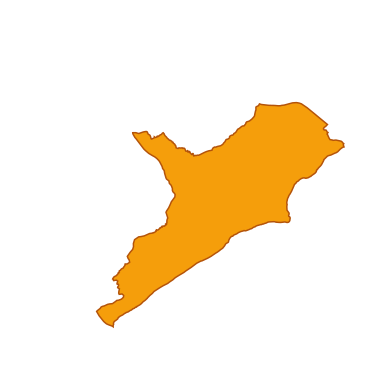 outline of Xayabury, Xaignabouri, Laos, rotated 52°
{"feature_id": "54806243B33263536107657", "entity_name": "Xayabury", "entity_type": "district", "adm_level": 2, "iso_a3": "LAO", "parent_name": "Laos", "parent_adm1": "Xaignabouri", "projection": "equal_earth", "projection_center": [101.662, 19.251], "detail": "fine", "context": "isolated", "style": "filled", "palette": "amber", "viewbox_px": 384, "rotation_deg": 52, "n_neighbors": 0, "source": "geoboundaries", "source_scale": "gbopen_adm2", "svg_char_len": 6053}
<svg xmlns="http://www.w3.org/2000/svg" viewBox="0 0 384 384"><g transform="rotate(52 192 192)"><path d="M222.2,43.7L196.5,49.4L189.9,51.5L187.9,52.8L185.8,54.7L183.6,58.0L180.3,65.8L178.9,68.1L178.5,69.1L177.3,70.8L174.7,73.6L171.0,78.1L165.8,83.4L164.1,84.6L164.8,86.2L164.8,87.0L164.4,88.8L164.5,89.4L166.8,91.2L167.1,91.9L170.7,96.2L170.9,97.1L171.4,99.9L171.4,103.1L170.4,105.8L170.6,106.8L171.0,107.1L171.5,108.3L171.9,110.4L171.7,110.7L171.2,111.3L170.9,112.7L171.0,115.4L170.7,117.4L171.9,120.7L171.9,121.9L171.7,123.0L172.1,123.7L172.2,124.3L172.2,125.0L171.7,125.7L171.5,126.3L171.3,127.5L171.4,128.2L172.3,128.9L172.5,129.9L172.3,131.5L171.8,132.4L171.7,132.8L172.1,134.0L172.6,134.7L172.9,136.8L173.4,138.4L173.2,140.9L171.7,144.1L171.3,145.6L170.5,146.5L170.3,147.5L170.3,148.5L170.9,149.9L171.3,150.3L171.3,150.7L169.9,153.4L169.1,155.5L168.5,157.7L167.5,162.6L167.1,164.2L166.2,165.2L165.8,166.5L165.0,167.0L164.8,168.2L164.6,168.4L163.7,168.0L162.9,168.4L162.4,167.5L162.2,167.6L162.1,169.2L161.2,169.2L160.7,169.3L159.8,169.2L159.3,169.7L159.0,169.5L158.6,168.4L158.5,169.5L157.9,170.6L157.7,170.6L157.3,169.9L156.7,170.0L156.7,170.8L156.1,171.6L155.9,171.7L153.3,171.0L152.7,171.2L152.3,171.5L152.2,172.2L152.0,172.4L151.4,172.4L151.0,172.7L150.7,173.5L149.3,175.0L149.1,175.4L149.2,176.0L149.0,176.3L147.5,177.3L146.4,176.8L145.9,176.4L145.0,176.5L144.5,176.3L143.5,176.2L142.0,176.7L141.8,176.5L140.8,176.4L140.4,176.9L139.6,176.7L139.0,177.0L138.1,177.1L137.4,177.9L135.9,178.0L134.5,178.4L133.1,178.3L131.0,178.6L129.1,178.3L128.9,178.1L128.4,178.2L127.6,178.2L127.4,179.0L127.7,180.3L127.7,181.1L127.4,181.9L127.5,183.9L126.9,184.4L126.9,184.6L127.3,185.0L127.1,185.3L126.7,185.4L126.9,186.1L126.7,187.0L126.4,187.4L125.3,187.7L126.0,188.3L126.0,188.8L125.5,190.9L125.2,191.4L124.7,191.4L123.2,190.7L121.4,190.2L119.2,190.9L117.2,190.3L116.5,190.5L116.0,191.0L115.2,192.4L114.6,193.7L113.2,197.8L112.6,198.4L110.6,199.8L108.8,202.2L109.4,202.6L110.4,202.9L113.8,203.4L115.7,203.3L128.4,203.5L130.6,203.2L135.0,202.3L139.4,200.6L141.2,199.8L143.8,199.1L146.8,198.8L148.4,198.9L153.3,199.8L154.4,200.2L155.4,200.7L158.0,200.7L160.3,202.0L164.8,203.8L166.1,204.1L168.9,203.4L170.0,203.8L170.9,204.4L171.6,204.5L173.9,204.3L177.0,205.2L178.9,206.6L180.5,206.9L181.8,206.7L183.5,206.8L185.4,208.6L187.0,214.3L188.3,216.6L190.1,220.1L191.4,223.9L192.0,225.0L197.6,227.1L198.2,228.3L199.3,229.6L200.9,230.8L200.9,231.4L201.2,231.7L201.0,232.2L201.0,232.4L201.8,232.1L201.9,232.4L201.8,233.5L202.0,234.6L201.5,234.9L201.3,235.6L201.0,235.8L201.2,236.9L200.6,236.9L200.9,238.5L200.7,238.7L200.6,239.1L200.8,239.2L200.6,239.5L200.9,240.2L200.9,241.0L201.0,241.6L200.9,242.3L200.6,242.8L199.9,243.3L200.3,243.8L200.3,244.3L200.8,244.4L200.7,246.6L200.1,247.7L200.3,248.0L198.6,251.0L197.2,256.6L195.8,259.5L194.5,261.7L194.2,266.6L196.5,269.9L199.1,271.8L200.7,274.1L201.4,277.7L202.9,282.6L205.2,283.3L206.7,283.3L209.0,284.4L208.8,287.2L208.2,288.3L207.6,288.9L207.6,289.2L208.1,289.3L208.7,290.4L208.9,291.4L209.6,293.1L209.4,293.4L209.2,295.2L209.3,295.8L209.6,296.5L209.4,297.7L209.4,297.9L209.7,298.2L210.4,298.6L210.4,299.0L210.2,299.6L210.7,299.7L210.9,300.0L210.8,300.7L210.9,301.1L211.2,301.8L211.1,302.2L211.3,303.5L210.8,305.5L211.0,305.9L211.3,307.3L211.7,308.1L212.4,307.8L212.9,308.2L213.7,308.2L214.2,307.0L215.1,305.7L216.2,305.6L216.4,305.4L216.9,305.8L217.5,306.9L218.1,307.6L218.6,307.7L219.4,306.8L220.1,307.1L220.9,308.0L221.1,309.0L221.6,309.5L223.6,308.8L225.3,310.8L226.5,312.0L227.8,312.4L229.3,309.9L231.4,309.5L232.7,310.8L233.0,313.5L232.1,316.4L231.1,318.1L231.2,319.5L231.0,323.4L229.5,325.8L228.6,327.6L227.8,331.1L226.9,333.2L226.7,334.7L227.2,336.0L227.2,339.7L227.4,340.7L232.5,341.4L239.7,341.3L242.3,340.8L243.4,340.5L245.6,339.3L248.3,337.6L249.7,337.1L248.7,336.4L247.9,335.1L247.0,334.7L246.3,333.3L246.2,332.7L246.3,330.7L246.3,328.8L245.6,327.4L245.6,325.0L246.0,323.2L246.2,322.2L246.2,320.1L246.5,318.6L246.4,318.2L247.2,316.0L247.3,313.6L247.6,313.0L247.7,311.7L247.6,310.3L247.9,309.9L248.1,309.0L248.0,308.4L248.2,307.1L248.1,306.6L248.2,306.2L248.4,306.2L248.3,305.9L248.8,302.5L248.8,300.6L248.4,298.3L248.5,295.5L248.2,292.5L248.0,292.0L247.7,289.6L247.6,289.2L247.5,285.7L247.0,283.2L247.6,276.2L248.1,272.3L249.1,267.4L249.1,265.0L249.4,261.1L249.2,258.4L249.3,256.7L249.7,253.2L250.4,247.9L250.4,245.5L250.9,239.1L251.0,232.2L251.8,228.0L251.9,227.4L252.3,226.9L253.8,220.5L254.4,216.6L254.7,211.4L255.0,209.1L255.1,206.1L255.0,205.3L255.2,202.5L254.5,199.5L253.7,197.6L253.6,196.8L253.9,194.9L253.9,194.2L252.6,192.6L251.8,190.9L251.5,189.7L251.3,188.2L251.9,187.1L251.7,185.9L251.7,185.4L252.5,182.5L252.6,180.4L253.2,178.0L254.4,175.1L254.4,174.7L255.3,174.1L255.9,172.9L256.7,170.3L257.1,168.6L257.6,167.5L257.6,166.1L257.7,165.2L258.3,163.5L258.3,162.1L260.0,157.9L260.5,157.2L260.7,156.0L261.0,155.8L261.3,155.1L261.4,154.4L262.1,152.8L262.5,150.7L263.1,149.6L265.6,146.0L266.4,145.1L267.6,144.3L267.9,143.8L268.1,143.7L269.5,142.2L270.7,140.7L272.8,137.2L274.4,136.0L274.8,135.5L275.2,134.6L275.2,133.6L274.8,132.6L272.9,130.6L271.7,130.3L270.8,130.7L270.5,130.6L269.8,130.1L269.1,129.0L268.3,128.5L264.8,128.3L261.9,126.3L260.2,124.6L259.8,124.6L258.4,123.6L256.0,120.7L255.0,118.6L254.4,117.7L254.0,116.2L252.7,113.1L250.0,108.1L249.1,106.6L249.1,105.0L248.5,103.3L248.8,101.2L248.5,99.9L248.7,97.8L249.1,96.3L249.8,95.0L251.0,94.1L251.6,93.2L252.3,91.6L252.6,89.3L252.8,89.0L252.9,88.7L252.7,88.2L252.9,83.2L252.6,82.3L252.6,81.7L252.2,81.2L251.7,80.8L251.3,79.9L251.3,79.6L251.5,79.5L250.9,77.5L250.6,74.8L250.2,73.1L248.2,68.7L247.7,68.3L247.2,63.9L247.1,63.3L247.4,62.0L248.4,59.7L249.3,55.7L249.8,54.2L250.0,52.4L249.5,48.8L249.5,47.5L249.6,45.6L250.1,44.5L247.9,43.7L247.3,42.6L246.3,42.9L244.8,42.9L244.0,43.1L242.9,43.9L239.7,46.6L238.1,49.1L237.7,49.2L235.6,51.0L233.9,50.8L230.3,49.9L229.5,49.9L228.8,48.2L228.0,48.6L226.6,48.3L225.6,48.3L225.0,49.1L224.3,49.7L223.2,49.6L222.5,48.2L222.6,46.2L222.2,43.7Z" fill="#f59e0b" stroke="#b45309" stroke-width="1.5"/></g></svg>